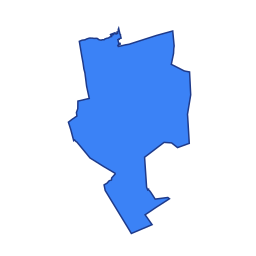 Alpoyeca, Guerrero, Mexico, rotated 10°
{"feature_id": "50627088B63024463665559", "entity_name": "Alpoyeca", "entity_type": "district", "adm_level": 2, "iso_a3": "MEX", "parent_name": "Mexico", "parent_adm1": "Guerrero", "projection": "natural_earth1", "projection_center": [-98.525, 17.633], "detail": "fine", "context": "isolated", "style": "filled", "palette": "blue", "viewbox_px": 256, "rotation_deg": 10, "n_neighbors": 0, "source": "geoboundaries", "source_scale": "gbopen_adm2", "svg_char_len": 1932}
<svg xmlns="http://www.w3.org/2000/svg" viewBox="0 0 256 256"><g transform="rotate(10 128 128)"><path d="M178.9,62.1L175.0,62.1L173.4,62.0L159.6,57.8L159.9,46.6L159.3,41.9L159.2,39.2L155.2,24.7L140.0,31.9L115.7,44.7L115.4,44.9L114.1,45.5L111.2,46.5L104.9,49.2L104.3,49.4L103.7,48.5L104.5,48.1L104.2,47.4L105.0,47.0L105.8,46.7L105.4,46.0L104.3,46.5L104.0,45.8L104.0,45.6L103.5,44.8L103.5,44.7L103.2,44.0L103.0,43.4L102.7,42.8L103.8,42.3L103.6,41.9L104.3,41.4L104.9,41.1L105.6,40.7L105.1,39.6L104.6,38.4L104.4,37.4L104.1,37.3L103.6,36.5L101.9,32.5L101.5,31.5L101.3,32.4L101.7,34.7L101.6,34.8L101.3,34.9L101.1,35.1L100.6,35.3L101.3,36.7L100.1,37.4L99.8,36.8L99.0,37.3L98.6,36.5L97.9,36.9L97.1,37.4L97.5,38.5L97.2,38.7L96.9,38.8L96.7,39.0L96.3,39.2L95.9,38.1L94.7,38.8L94.5,39.0L95.9,40.8L94.5,41.4L93.3,42.6L92.5,43.0L91.4,43.4L90.2,44.1L89.8,44.3L89.4,44.9L89.2,45.2L88.7,45.3L87.6,45.5L87.0,45.7L86.3,46.2L84.1,46.1L83.2,45.8L82.8,45.3L81.7,45.1L80.9,45.3L80.1,45.4L79.4,45.6L78.2,45.7L77.2,45.7L76.0,45.9L74.6,46.1L73.7,46.5L72.2,47.3L71.5,47.7L70.8,48.3L70.1,48.7L67.5,49.5L65.8,50.6L65.0,51.1L69.8,64.7L72.3,71.4L74.3,77.5L75.7,80.5L76.0,81.2L80.0,94.1L84.7,105.6L74.0,110.2L75.2,117.7L74.5,121.7L75.6,125.1L71.2,129.4L68.3,132.6L72.0,139.7L76.7,149.9L77.5,149.0L77.9,149.4L78.5,149.9L79.2,150.4L80.1,150.7L95.8,164.1L96.0,164.2L110.8,170.2L123.1,174.8L123.2,175.2L123.3,175.6L122.0,177.7L120.6,180.0L120.5,180.3L120.7,180.9L120.8,181.6L120.7,182.1L120.5,182.3L119.9,182.5L118.9,183.1L118.5,183.4L116.9,186.0L115.7,187.0L114.3,188.2L116.4,193.5L146.6,227.8L146.8,228.0L149.6,231.3L168.5,219.0L159.9,210.5L169.4,201.3L181.1,190.5L179.3,189.5L167.1,193.3L161.7,187.5L159.9,185.8L158.9,185.4L158.8,184.9L158.4,185.4L158.2,185.6L156.6,183.1L149.4,153.9L166.0,135.9L173.5,135.1L180.2,138.7L189.9,133.1L191.0,132.5L184.7,106.1L184.2,104.3L184.1,94.8L184.0,84.5L178.9,62.1Z" fill="#3b82f6" stroke="#1e3a8a" stroke-width="1.5"/></g></svg>